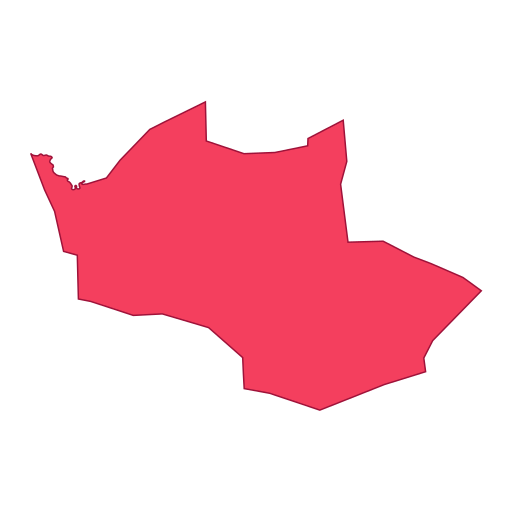 Lu'n, Töv, Mongolia (Equal Earth projection)
{"feature_id": "93677404B53704877683410", "entity_name": "Lu'n", "entity_type": "district", "adm_level": 2, "iso_a3": "MNG", "parent_name": "Mongolia", "parent_adm1": "Töv", "projection": "equal_earth", "projection_center": [104.801, 47.789], "detail": "fine", "context": "isolated", "style": "filled", "palette": "rose", "viewbox_px": 512, "rotation_deg": 0, "n_neighbors": 0, "source": "geoboundaries", "source_scale": "gbopen_adm2", "svg_char_len": 2266}
<svg xmlns="http://www.w3.org/2000/svg" viewBox="0 0 512 512"><path d="M425.6,371.7L423.8,358.0L432.7,340.6L481.3,290.8L463.0,277.5L431.0,263.6L413.9,257.1L383.1,241.2L348.0,242.2L340.6,184.2L346.8,161.4L343.2,120.2L308.0,138.5L307.7,145.8L274.9,152.5L244.0,153.7L206.3,141.0L205.4,101.9L164.2,122.1L149.8,129.4L120.0,160.3L106.4,178.0L86.7,184.1L85.9,184.0L84.8,184.2L83.5,184.4L82.5,184.4L81.7,183.8L81.8,183.1L83.2,182.2L83.8,181.7L84.5,181.6L84.6,181.1L84.2,180.9L83.5,181.1L83.1,181.4L82.5,182.0L81.8,182.5L81.1,182.8L80.4,182.8L79.9,183.1L79.4,183.4L79.1,183.9L79.1,184.6L79.2,185.2L79.4,186.2L79.5,186.6L79.7,187.0L79.9,187.5L79.9,188.2L79.2,188.8L78.7,188.9L78.1,189.0L77.4,188.8L76.9,188.6L76.6,188.2L76.5,187.7L76.5,187.2L76.6,186.6L76.6,186.2L76.3,185.8L76.0,185.5L75.5,185.5L75.3,185.6L75.0,185.9L74.9,186.2L74.9,186.5L75.0,186.8L75.2,187.3L75.3,188.2L75.1,188.9L74.5,189.4L73.5,189.7L72.6,189.6L72.0,189.3L71.8,189.0L71.6,188.6L71.6,188.2L71.8,187.8L71.9,187.4L72.0,186.9L72.1,186.5L72.1,185.9L71.9,185.4L71.7,185.1L71.3,184.7L70.7,183.5L70.3,183.0L69.9,182.6L69.2,181.9L68.8,181.7L68.3,181.5L68.0,181.3L67.7,181.0L67.5,180.7L67.3,180.2L67.4,179.9L67.6,179.5L67.9,179.2L68.1,179.0L67.7,178.4L67.3,178.3L66.8,178.1L66.4,177.9L66.0,177.6L65.7,177.2L65.1,176.8L64.1,176.7L62.6,176.4L61.6,176.2L60.7,176.0L59.9,176.0L58.8,175.8L57.8,175.4L56.6,175.0L56.0,174.5L55.5,174.1L54.1,172.9L53.5,172.2L53.1,171.5L52.8,170.5L52.7,169.5L52.4,168.6L52.6,168.0L52.9,167.5L53.4,167.0L53.4,166.5L53.3,165.9L53.0,164.9L52.1,164.3L51.3,163.7L50.5,163.0L49.8,162.1L49.7,161.5L49.9,160.8L50.2,160.0L50.7,159.3L51.1,158.7L51.7,158.2L52.1,157.8L52.0,157.4L51.7,156.9L51.2,156.5L50.3,156.2L49.5,156.2L48.9,156.1L48.4,156.0L47.6,155.6L47.0,155.2L46.7,155.1L46.3,155.0L45.8,155.1L45.3,155.2L44.6,155.4L43.9,155.5L43.3,155.5L42.8,155.3L42.3,154.8L41.7,154.4L41.2,154.1L40.8,154.1L40.4,154.1L40.0,154.3L39.5,154.7L39.1,155.0L38.5,155.5L37.7,155.8L36.6,155.8L35.4,155.7L34.2,155.5L33.4,155.3L32.5,154.9L31.7,154.5L30.7,153.4L44.6,189.9L54.6,211.4L63.6,251.4L77.3,255.2L78.4,299.0L90.6,301.4L133.3,315.4L162.3,313.9L208.6,327.6L242.7,357.6L243.4,373.7L244.2,388.6L269.3,393.2L269.7,393.3L319.8,410.1L384.4,384.5L425.6,371.7Z" fill="#f43f5e" stroke="#9f1239" stroke-width="1.5"/></svg>